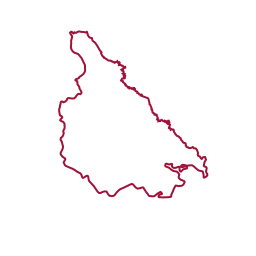 outline of Cat Tien, Lâm Đồng, Vietnam, rotated 294°
{"feature_id": "81297802B49537212124970", "entity_name": "Cat Tien", "entity_type": "district", "adm_level": 2, "iso_a3": "VNM", "parent_name": "Vietnam", "parent_adm1": "Lâm Đồng", "projection": "robinson", "projection_center": [107.427, 11.659], "detail": "fine", "context": "isolated", "style": "outline", "palette": "rose", "viewbox_px": 256, "rotation_deg": 294, "n_neighbors": 0, "source": "geoboundaries", "source_scale": "gbopen_adm2", "svg_char_len": 5897}
<svg xmlns="http://www.w3.org/2000/svg" viewBox="0 0 256 256"><g transform="rotate(294 128 128)"><path d="M193.6,40.1L192.6,40.1L192.2,39.8L192.2,39.3L193.0,37.4L192.4,36.6L191.5,36.3L190.9,36.8L189.3,39.3L188.6,39.9L184.4,40.6L182.5,41.6L178.9,42.8L177.4,43.8L176.6,44.6L175.3,46.9L175.0,48.8L175.2,50.0L175.3,52.4L173.0,57.1L167.8,63.2L162.7,65.6L161.0,65.6L159.0,65.2L156.8,64.1L155.0,62.9L153.7,62.8L152.3,61.7L152.0,61.1L151.1,60.5L150.4,60.4L150.1,60.7L150.1,62.4L149.8,62.9L147.3,64.1L145.9,66.6L144.2,67.8L142.1,70.7L141.5,71.1L140.7,71.2L139.5,70.7L139.2,69.2L138.9,68.7L136.8,67.8L135.0,67.6L133.0,66.6L132.0,64.5L131.6,62.7L131.0,61.2L130.3,60.7L128.3,60.7L126.3,59.7L125.2,58.5L125.5,57.1L124.7,56.1L123.5,56.2L122.7,56.6L120.9,56.7L119.7,57.2L117.6,57.4L116.1,57.9L112.9,59.9L111.8,61.0L111.8,62.4L111.4,63.2L111.0,63.6L110.4,63.6L108.4,62.8L107.4,63.0L107.1,64.7L107.3,66.2L106.3,68.0L105.8,68.5L104.6,68.8L104.1,69.3L102.5,70.0L101.2,70.2L100.3,70.0L98.7,70.2L98.3,70.3L97.6,71.2L95.5,71.7L93.5,71.6L91.5,70.7L90.2,71.0L89.2,71.9L88.9,72.8L84.5,76.3L82.1,76.8L77.8,76.6L76.8,77.1L76.3,77.7L75.2,79.7L74.6,82.8L74.2,83.3L73.6,83.5L70.6,83.2L70.2,83.4L68.5,85.4L68.2,85.9L68.1,87.0L68.1,90.7L68.2,93.5L68.0,96.4L67.4,99.1L67.2,102.9L66.5,104.2L64.2,106.5L64.1,107.1L64.7,107.8L67.3,109.5L67.8,110.2L67.8,110.8L67.4,111.4L64.4,113.4L63.8,114.0L61.0,120.4L57.3,126.4L56.9,128.3L57.4,129.3L58.7,130.3L60.1,131.7L60.8,132.9L61.2,134.2L59.4,136.8L58.6,138.4L59.1,140.8L60.2,142.4L61.0,143.0L64.7,143.9L67.3,144.9L69.1,145.9L71.7,148.3L77.7,153.4L78.5,154.4L78.5,155.5L76.8,159.2L76.5,161.5L77.4,162.8L79.5,165.2L79.8,166.2L76.9,170.6L75.8,172.8L74.7,174.5L74.6,175.2L75.5,178.1L76.4,179.8L80.4,181.8L82.7,183.6L82.8,184.0L82.6,184.5L81.9,185.7L81.7,185.8L81.3,185.6L80.1,184.2L79.1,183.6L77.8,183.7L77.4,184.2L77.5,184.9L78.0,185.8L78.6,187.7L81.3,193.2L82.6,195.2L83.0,195.3L84.7,194.7L88.4,194.8L91.4,194.6L94.4,194.9L94.9,195.2L95.5,197.8L97.1,200.6L98.7,201.6L101.0,201.8L101.9,201.6L102.2,201.2L102.3,200.7L102.2,197.0L102.8,195.2L103.1,194.8L104.0,194.1L106.4,193.8L107.5,192.0L108.0,190.3L107.2,186.9L107.5,184.6L108.4,181.6L108.2,178.1L108.5,177.6L109.2,177.1L110.4,177.1L111.1,177.8L111.4,180.5L112.9,182.3L113.0,182.8L112.7,183.2L111.2,183.5L110.6,184.2L110.3,184.7L110.1,185.9L110.9,187.6L112.9,189.7L113.3,190.4L113.1,190.8L112.7,191.1L110.0,192.6L109.7,193.3L109.8,194.2L112.1,195.0L112.6,195.3L113.3,195.9L114.9,198.1L115.5,198.2L116.5,197.6L116.7,196.8L116.3,195.9L114.3,193.6L114.1,192.5L114.4,191.8L116.1,192.4L116.6,192.9L117.0,194.0L117.5,197.0L119.7,201.0L120.0,201.9L119.8,203.3L118.0,209.1L118.0,210.6L118.6,212.9L118.6,214.0L116.1,216.0L113.7,217.2L113.6,217.4L113.7,217.9L115.8,219.4L116.7,219.7L117.3,219.6L118.2,219.1L119.0,217.9L120.0,217.0L123.1,216.3L123.7,215.9L124.1,215.2L124.0,213.3L124.3,212.6L127.9,211.8L130.8,212.1L132.8,210.2L131.9,208.6L131.4,208.2L129.8,208.0L129.8,207.5L130.0,206.7L131.2,205.3L131.1,203.6L131.3,203.2L132.3,202.4L133.1,202.4L133.8,202.1L135.9,200.0L136.6,198.9L136.8,198.1L136.3,196.3L136.9,195.3L136.9,194.8L136.3,194.5L134.9,193.0L134.5,191.6L134.7,191.0L134.5,190.3L134.5,189.3L135.2,188.7L135.3,188.0L135.7,187.9L136.1,187.5L136.9,187.3L137.4,186.6L137.5,186.0L137.1,185.2L137.3,184.5L137.3,183.9L137.9,183.3L138.9,181.2L140.1,180.3L140.2,179.0L140.8,178.3L140.7,177.5L140.9,176.9L140.7,176.4L140.8,175.6L141.4,174.6L141.5,173.9L142.1,173.3L142.9,172.0L143.8,171.1L144.6,170.8L145.0,170.1L145.0,169.7L144.5,169.0L144.7,168.3L143.7,167.7L144.4,167.1L144.5,165.4L144.8,165.3L144.9,166.0L145.1,166.1L146.4,165.2L148.2,165.0L148.3,164.6L147.9,162.9L148.1,162.2L148.8,162.6L149.8,162.6L149.7,163.2L150.0,163.5L150.2,163.4L150.4,162.6L151.2,162.3L150.9,161.6L149.4,161.4L148.7,160.7L148.9,160.1L149.6,160.1L149.8,159.7L149.6,159.2L149.6,158.6L148.7,158.6L148.8,158.0L148.6,157.2L149.0,156.4L149.1,155.4L148.4,154.8L147.5,154.8L147.2,154.0L146.6,153.1L147.4,153.1L148.1,152.4L148.1,152.1L147.5,151.5L147.6,151.1L148.3,151.0L148.8,151.3L149.1,151.2L149.8,150.5L150.6,150.0L151.0,148.7L151.7,148.7L151.8,147.8L151.0,147.0L150.9,146.7L152.0,145.9L151.9,145.0L152.4,143.9L154.1,143.0L154.3,142.1L154.8,142.2L155.4,141.4L156.1,141.2L157.1,139.9L157.9,139.3L158.5,137.9L159.2,137.7L162.9,134.8L163.3,134.0L162.9,127.1L163.6,127.4L164.1,126.8L163.3,125.2L163.2,124.6L164.0,123.6L163.8,122.2L164.6,122.0L165.0,121.7L164.8,119.8L165.7,118.9L165.5,117.7L165.9,117.6L166.7,118.2L167.1,117.5L166.7,116.5L165.3,115.8L165.3,115.6L165.8,115.0L165.7,114.5L164.7,113.4L164.6,113.0L164.8,112.8L165.7,112.8L165.9,112.6L165.9,112.3L165.0,111.7L164.9,111.5L165.7,110.7L165.6,109.3L166.5,108.6L166.4,107.8L167.1,107.7L167.3,107.5L167.3,106.4L167.8,105.4L167.8,104.7L168.8,104.1L168.4,102.5L168.7,102.2L169.6,102.6L170.7,102.5L171.1,102.9L171.7,104.4L172.4,104.8L173.1,104.5L173.2,103.5L173.4,103.3L174.0,104.3L174.5,104.3L174.7,103.9L174.5,102.9L174.7,102.6L175.2,102.6L175.7,103.1L175.9,103.1L175.4,101.7L175.5,101.1L176.6,101.7L177.1,101.3L177.8,101.0L178.0,100.8L178.0,99.7L178.8,99.9L179.0,99.7L178.4,98.6L178.6,98.2L180.1,99.4L181.4,100.1L181.9,100.9L182.4,100.9L182.8,100.5L182.7,100.3L181.8,99.7L181.6,99.3L182.8,97.7L182.3,96.8L182.6,95.9L182.6,95.4L181.7,94.1L182.9,93.7L184.0,94.0L184.4,93.8L184.6,93.3L183.9,92.5L184.3,92.4L184.1,91.5L184.6,91.0L183.6,90.6L183.4,90.1L182.2,89.4L182.6,88.4L182.1,87.9L182.5,86.5L182.2,85.9L182.5,85.1L182.2,84.7L182.3,84.1L182.0,83.6L181.7,82.7L181.9,81.2L182.3,80.2L182.2,79.5L182.4,78.8L182.3,77.6L182.6,77.0L183.1,76.9L183.2,76.7L183.2,75.9L183.6,74.9L184.5,74.1L185.1,73.1L185.6,72.9L186.3,73.0L186.4,72.6L186.8,72.4L187.3,71.0L190.5,66.6L192.6,63.2L193.3,60.3L194.2,59.3L195.4,58.5L195.1,56.5L195.2,55.7L195.5,55.1L196.6,53.4L197.5,52.9L199.1,51.3L198.9,51.0L198.1,50.7L197.7,48.5L196.8,46.3L196.5,44.4L195.4,42.9L193.9,41.9L193.7,41.4L193.6,40.1Z" fill="none" stroke="#9f1239" stroke-width="2"/></g></svg>